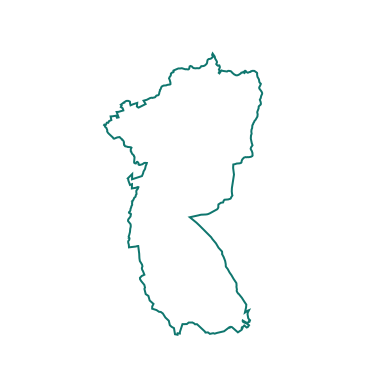 Santamaria-Orlea, Hunedoara, Romania (orthographic projection), rotated 295°
{"feature_id": "2599482B19337014542277", "entity_name": "Santamaria-Orlea", "entity_type": "district", "adm_level": 2, "iso_a3": "ROU", "parent_name": "Romania", "parent_adm1": "Hunedoara", "projection": "orthographic", "projection_center": [23.001, 45.57], "detail": "fine", "context": "isolated", "style": "outline", "palette": "teal", "viewbox_px": 384, "rotation_deg": 295, "n_neighbors": 0, "source": "geoboundaries", "source_scale": "gbopen_adm2", "svg_char_len": 6050}
<svg xmlns="http://www.w3.org/2000/svg" viewBox="0 0 384 384"><g transform="rotate(295 192 192)"><path d="M67.0,220.9L65.5,225.4L61.9,228.2L61.2,230.5L61.0,233.2L55.9,236.7L56.5,239.2L57.9,238.7L58.6,240.8L60.0,240.2L68.2,239.2L70.1,243.1L72.3,244.2L73.9,247.5L73.8,249.4L73.4,250.7L74.3,252.4L71.0,262.6L70.3,263.6L71.5,265.8L71.0,268.2L73.0,270.9L73.2,272.4L75.0,274.4L79.3,279.9L85.2,283.0L85.0,283.6L86.2,284.2L86.4,285.4L84.2,292.9L88.0,295.2L89.5,295.3L89.7,294.5L90.8,294.6L90.9,295.1L93.1,295.8L92.3,298.8L93.1,299.6L95.3,300.0L95.9,297.8L95.8,293.4L96.5,292.4L97.0,292.3L96.6,295.9L96.8,297.5L97.8,298.2L98.8,298.2L98.8,298.9L100.3,298.8L100.6,297.7L101.4,296.3L104.5,294.1L106.2,293.5L109.0,293.6L107.7,292.4L105.1,290.9L110.2,289.8L112.9,288.8L114.7,285.8L117.2,281.9L119.4,277.4L119.4,276.9L120.2,275.5L121.1,274.4L121.7,274.1L122.6,273.9L124.9,272.3L125.7,272.1L128.1,270.8L128.4,270.4L130.9,266.3L133.3,262.9L134.9,260.1L137.3,256.9L138.5,254.5L139.0,254.0L140.8,253.1L143.5,251.2L146.5,248.1L148.5,245.4L149.0,245.4L150.7,244.4L152.7,239.6L155.6,235.4L158.0,230.3L159.1,228.5L164.9,212.6L166.1,209.0L168.2,200.7L173.7,207.9L174.8,209.2L175.4,210.1L177.5,214.1L178.5,215.6L180.0,217.0L187.1,222.2L188.5,222.4L189.4,222.3L190.5,221.7L191.9,221.2L194.5,222.8L195.7,224.6L197.5,224.4L198.7,224.7L200.6,228.0L202.2,229.7L202.6,229.8L204.4,229.8L205.9,230.1L206.7,229.4L209.3,227.8L212.4,226.5L225.5,222.7L231.2,219.1L234.4,217.8L235.5,219.3L236.7,220.5L238.2,223.2L239.1,224.1L239.7,224.3L241.0,223.9L242.7,223.8L245.0,224.5L246.2,225.7L246.6,226.9L247.2,227.8L247.5,228.7L248.8,230.5L250.0,231.4L250.6,231.5L252.9,230.3L254.4,228.9L255.6,227.2L256.2,226.8L257.8,226.7L259.9,227.1L261.7,225.4L265.3,222.7L268.1,221.6L270.0,221.4L271.7,220.3L273.6,219.6L275.3,219.5L278.0,218.5L279.1,218.7L280.2,218.5L281.4,218.7L282.6,218.6L284.4,219.1L288.0,219.4L290.3,218.6L291.5,217.6L292.3,217.3L296.0,217.0L297.4,216.4L298.1,216.4L300.0,217.2L300.5,217.3L301.4,217.0L302.8,216.0L304.2,214.5L306.1,214.6L308.3,214.1L310.5,214.1L311.3,213.8L312.4,212.6L314.1,209.5L314.7,208.9L315.3,208.7L317.2,208.8L319.1,208.7L319.3,208.4L319.6,207.4L320.1,206.6L322.0,205.3L322.8,204.5L324.0,202.7L326.0,201.3L327.1,200.9L327.5,200.5L328.1,197.4L327.7,196.3L327.3,195.5L326.3,194.4L325.6,194.3L325.1,193.5L323.7,192.2L323.7,191.2L323.8,190.3L324.4,189.5L324.3,188.9L323.9,188.7L323.5,188.9L322.7,188.9L322.2,189.3L322.0,189.2L322.5,188.3L322.5,187.7L321.7,187.5L321.1,186.3L320.1,186.1L318.4,185.1L317.1,184.0L316.6,183.1L316.4,182.6L316.4,180.6L317.0,178.4L317.8,176.5L317.8,175.8L317.4,174.3L317.0,173.5L316.0,172.8L314.8,168.8L314.6,167.3L311.1,166.7L311.3,165.9L313.6,166.0L314.2,164.7L316.6,164.6L317.4,164.2L318.3,163.2L318.2,162.9L317.5,162.4L317.4,162.1L317.6,161.1L318.2,159.9L319.9,159.9L320.8,159.4L322.7,156.6L324.4,155.3L326.2,152.2L324.7,152.3L323.8,153.5L323.1,153.8L321.1,152.9L320.2,152.0L319.6,151.0L318.5,150.4L317.7,150.4L315.3,151.1L314.5,151.1L312.5,150.4L311.4,149.6L310.6,148.6L310.2,147.6L309.7,147.1L308.5,147.0L307.2,146.2L307.0,145.9L306.3,144.1L305.5,142.8L305.0,141.1L305.1,140.2L305.7,138.9L305.6,137.4L304.8,136.8L302.7,137.3L302.0,137.2L301.6,136.9L301.2,136.0L300.9,135.0L300.4,134.0L299.9,130.5L298.8,128.8L298.2,127.4L294.3,123.9L293.8,123.9L293.4,124.5L293.1,124.6L292.2,124.1L291.6,123.3L290.5,122.9L290.1,122.9L289.5,123.3L288.4,123.5L286.4,123.1L285.2,123.2L284.5,124.1L282.2,126.1L280.7,126.9L280.1,126.6L278.7,124.4L277.7,123.5L276.4,121.2L274.8,120.0L273.9,119.9L271.6,120.1L270.9,119.8L270.1,120.2L268.9,120.2L267.1,120.7L265.9,120.7L265.1,120.2L264.7,119.4L264.3,119.0L262.3,118.5L261.3,117.4L261.1,116.9L260.5,116.3L260.4,115.6L260.0,115.0L259.4,114.3L256.5,112.1L254.3,109.5L252.1,112.8L245.9,107.9L245.9,107.1L246.1,106.8L246.1,106.3L246.2,105.9L249.6,104.7L246.6,101.5L244.6,99.7L245.9,98.6L247.5,97.7L247.7,97.4L247.7,95.9L247.2,94.7L246.7,93.9L244.4,92.4L244.2,92.7L243.2,91.8L241.0,90.6L240.6,91.7L238.9,91.6L238.7,93.5L238.5,93.8L237.6,94.8L237.4,94.9L236.9,95.3L233.4,91.3L232.7,89.9L228.6,93.9L227.6,92.6L228.7,91.3L229.0,90.8L227.1,88.1L226.1,86.3L223.1,88.5L221.1,86.8L219.7,86.9L219.3,86.8L219.1,85.9L218.8,85.5L216.3,85.5L215.9,84.8L216.0,84.1L215.5,84.0L215.3,84.7L214.4,85.7L214.0,86.7L213.9,87.3L212.2,89.1L211.2,89.4L210.9,89.7L210.2,90.7L209.6,92.2L207.9,97.4L207.3,98.3L207.5,99.0L209.9,101.2L211.2,103.2L210.5,104.9L210.4,105.9L209.8,106.5L209.9,106.9L209.5,108.0L208.7,109.0L208.2,109.4L207.7,109.4L206.7,110.2L206.1,110.4L205.8,110.8L205.9,111.1L205.3,111.8L205.2,112.2L205.6,113.6L205.6,114.0L205.6,114.5L206.7,117.7L206.6,118.4L204.6,118.5L203.2,119.2L203.1,119.7L202.5,120.0L202.3,120.5L201.4,121.4L200.8,123.2L200.6,123.5L200.5,123.9L199.8,124.4L199.8,124.6L199.3,125.2L194.6,126.9L194.0,127.4L193.9,128.3L194.1,129.0L195.9,129.3L196.2,129.6L196.2,129.9L195.9,130.7L195.3,131.6L194.4,131.8L194.2,132.2L194.4,133.2L196.2,135.3L198.1,136.4L198.6,137.2L199.2,138.8L198.0,139.0L196.2,139.0L193.0,139.7L190.2,139.4L188.1,139.8L185.3,139.9L178.2,132.3L183.0,130.2L177.1,128.0L176.8,128.7L175.5,129.5L172.2,132.8L173.7,134.3L169.8,136.0L172.0,139.2L173.7,140.9L173.7,141.4L171.9,141.5L169.9,141.0L168.7,141.4L166.7,142.6L165.4,142.4L163.9,142.8L163.1,142.5L162.4,142.1L160.1,142.2L158.6,141.7L158.6,142.0L156.7,142.3L155.1,143.2L153.3,143.1L152.2,143.4L150.8,143.4L149.4,143.9L148.2,143.9L147.4,143.5L146.8,143.5L146.6,143.6L146.3,144.5L146.5,145.4L146.2,146.0L143.8,146.6L140.2,145.8L139.1,146.1L138.6,146.4L137.0,149.7L136.2,150.4L134.5,151.2L132.8,151.5L129.5,152.7L126.3,153.3L124.9,153.4L124.1,154.3L123.7,154.2L123.7,154.8L123.4,155.0L122.1,155.3L120.4,155.0L119.0,155.7L117.7,156.9L115.2,158.3L118.9,164.2L119.9,165.3L120.3,166.1L113.8,170.2L109.8,172.3L107.4,173.9L105.1,177.4L103.7,178.5L101.8,178.7L100.5,179.7L99.5,181.1L96.9,183.8L94.6,181.9L92.2,181.1L91.0,181.8L89.8,183.6L87.7,188.0L85.5,189.8L84.1,189.8L79.9,193.2L79.4,196.4L75.8,199.5L74.3,204.4L71.5,204.3L69.4,205.2L70.0,209.7L69.5,212.7L70.1,214.4L69.6,216.9L67.0,220.9Z" fill="none" stroke="#0f766e" stroke-width="2"/></g></svg>